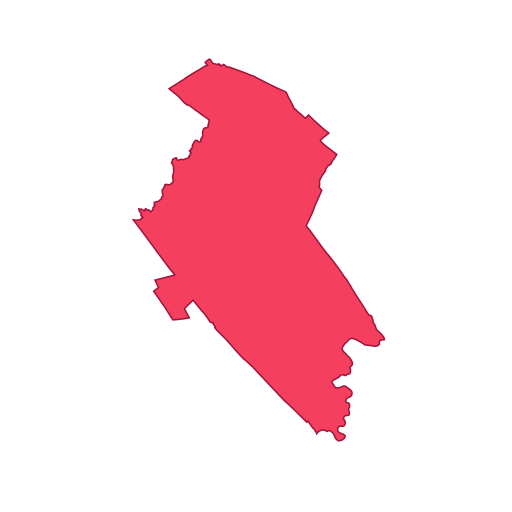 Gura Sutii, Dâmbovita, Romania (Natural Earth projection), rotated 72°
{"feature_id": "2599482B56661116517086", "entity_name": "Gura Sutii", "entity_type": "district", "adm_level": 2, "iso_a3": "ROU", "parent_name": "Romania", "parent_adm1": "Dâmbovita", "projection": "natural_earth1", "projection_center": [25.479, 44.756], "detail": "fine", "context": "isolated", "style": "filled", "palette": "rose", "viewbox_px": 512, "rotation_deg": 72, "n_neighbors": 0, "source": "geoboundaries", "source_scale": "gbopen_adm2", "svg_char_len": 6084}
<svg xmlns="http://www.w3.org/2000/svg" viewBox="0 0 512 512"><g transform="rotate(72 256 256)"><path d="M183.6,361.5L202.7,355.0L221.8,348.7L242.9,341.5L248.9,339.0L249.0,339.2L247.7,359.5L255.8,358.4L257.9,364.2L276.4,358.6L291.1,354.8L292.3,349.7L293.8,341.9L294.2,338.5L284.0,340.4L278.5,329.5L291.6,324.5L294.2,323.2L298.7,321.6L305.0,319.9L306.4,317.4L307.9,317.7L309.4,317.0L310.9,316.8L311.4,317.4L314.9,316.0L325.8,310.4L341.5,303.6L349.8,299.8L351.8,298.3L360.3,293.6L401.8,274.0L406.3,271.4L413.7,267.4L429.7,259.1L429.0,257.7L435.7,255.6L437.7,254.9L438.6,254.1L439.2,253.9L440.3,253.9L441.7,253.3L443.8,253.2L443.2,252.4L442.5,251.0L442.0,249.5L442.0,248.3L442.2,246.0L442.6,245.0L443.2,244.1L444.7,242.8L444.9,242.4L444.6,241.2L444.7,240.1L445.5,239.2L448.0,237.6L449.3,237.1L451.8,237.0L453.3,236.8L455.2,236.2L457.1,235.0L457.7,233.3L457.5,230.3L456.7,228.6L455.9,227.4L455.1,226.9L453.6,227.1L452.5,228.0L450.4,230.6L449.8,231.2L448.9,231.9L447.8,232.2L446.7,232.1L444.9,231.4L443.9,230.0L443.8,229.4L444.0,228.2L444.5,227.0L444.8,225.9L444.7,224.5L444.1,223.8L442.0,222.5L441.0,222.2L440.0,222.6L438.0,223.0L437.3,222.9L436.2,222.0L435.6,220.8L435.5,219.9L436.0,218.2L436.0,216.9L435.6,216.2L434.6,215.7L430.5,215.3L429.7,215.1L429.3,214.4L428.5,213.7L427.1,213.1L426.3,213.0L425.4,213.0L424.6,213.3L424.0,213.9L423.6,214.9L423.1,215.4L422.8,215.5L422.4,215.6L421.4,215.2L420.1,214.3L419.2,212.8L419.0,210.5L418.5,208.7L417.5,207.7L415.6,206.9L414.0,206.9L412.0,207.8L408.0,210.8L407.1,211.8L406.7,213.0L406.7,214.4L407.0,216.3L407.0,217.0L406.9,218.1L406.4,219.8L405.9,220.7L405.1,221.3L403.3,221.9L400.9,222.5L400.1,222.8L399.4,222.8L398.5,222.2L398.2,221.3L396.8,214.4L395.9,213.0L395.4,211.2L395.9,209.9L396.6,209.1L397.2,208.3L397.3,207.5L397.1,206.8L396.8,206.3L396.8,205.3L397.0,204.2L396.8,203.1L396.0,202.3L393.5,201.2L391.3,201.2L390.5,200.5L389.7,198.7L388.6,197.7L386.9,197.2L382.7,198.0L380.6,198.9L378.4,200.2L376.6,200.8L374.7,202.0L372.1,202.8L371.1,202.8L370.0,202.5L367.2,199.1L365.6,195.8L364.7,194.2L363.9,192.4L363.8,190.9L364.8,188.7L367.1,186.0L371.2,182.2L374.2,179.9L378.8,170.2L378.9,167.6L378.0,165.9L375.9,165.1L374.9,164.5L374.5,163.0L375.3,159.7L373.2,159.5L370.5,160.3L366.7,162.1L364.8,163.3L362.7,164.2L358.4,164.2L356.8,164.7L355.7,164.9L354.7,164.9L352.8,164.6L348.8,164.6L346.8,166.9L345.0,167.5L333.2,170.5L326.5,172.3L319.5,174.0L316.4,174.9L315.0,175.0L310.3,176.2L308.0,176.7L306.2,177.2L301.7,178.9L300.5,179.1L291.4,181.9L290.1,182.4L285.5,183.9L279.9,186.0L271.4,189.3L248.2,196.9L242.8,199.0L238.9,195.2L231.1,188.0L226.5,184.5L213.9,173.2L210.0,174.7L209.1,174.2L208.6,173.7L204.3,172.4L203.3,171.7L201.5,169.9L199.4,167.6L198.7,166.4L196.4,163.5L195.1,162.8L194.1,162.0L192.7,159.9L191.8,156.7L191.6,156.3L189.4,154.2L188.5,153.1L188.0,152.2L186.6,150.4L184.7,148.1L184.2,147.8L183.6,148.3L171.2,156.8L166.3,159.2L165.9,159.1L165.2,157.8L165.1,157.1L164.1,155.3L163.3,152.9L161.7,148.7L155.5,152.8L145.8,158.4L138.1,162.5L139.9,165.9L140.2,166.7L135.7,169.1L131.7,171.7L128.7,173.1L128.5,173.9L126.6,174.2L123.5,174.6L113.8,176.3L112.3,176.2L109.4,176.9L108.5,177.5L108.4,177.8L101.9,185.0L94.5,192.6L86.2,200.8L85.2,201.6L84.2,202.6L83.6,203.6L77.0,211.6L67.8,223.4L67.7,223.6L67.7,225.0L67.2,225.2L64.5,227.0L63.8,227.8L64.3,228.4L64.2,228.9L64.3,229.3L64.5,229.6L64.4,229.7L64.1,229.8L64.2,230.4L63.9,230.8L63.5,230.7L63.2,231.0L63.2,231.3L63.5,231.5L63.3,231.9L62.9,232.0L62.1,231.6L61.7,231.9L61.7,232.1L62.0,232.6L62.0,233.2L60.4,236.0L59.8,237.3L57.7,238.0L55.1,238.7L54.4,239.6L54.3,240.0L55.4,242.7L55.8,243.9L56.0,244.4L56.5,244.5L59.9,243.2L59.6,244.6L59.8,245.2L59.7,245.8L60.1,247.9L61.0,251.2L62.5,258.4L64.7,267.1L65.3,268.9L66.1,270.5L65.9,271.2L68.0,279.0L69.4,284.7L70.1,287.0L79.1,281.1L83.6,278.9L86.8,277.5L88.6,276.5L91.3,274.7L91.1,273.8L91.3,273.6L106.9,262.4L112.0,258.5L112.3,258.5L117.2,261.4L117.6,261.2L118.4,261.6L118.7,262.5L118.5,264.5L118.5,265.8L119.1,266.8L122.1,268.8L124.9,269.3L125.9,270.0L127.9,272.5L129.3,272.7L130.0,273.0L130.2,274.2L129.7,275.1L129.1,275.6L128.5,275.8L127.7,276.6L127.4,277.3L127.5,278.3L128.2,279.0L128.4,279.7L129.0,280.4L129.8,281.0L130.5,281.9L131.1,282.2L131.7,282.2L131.9,282.7L133.5,283.1L133.9,283.9L133.7,284.4L133.9,284.6L134.5,284.8L135.0,285.2L135.3,285.5L135.2,286.7L135.5,286.8L135.8,286.7L136.3,286.2L137.6,285.8L138.0,286.1L138.0,286.8L139.6,287.3L140.1,288.3L140.2,288.8L140.5,289.1L141.0,288.9L141.3,289.0L141.7,289.4L141.9,290.4L141.7,291.2L141.7,292.0L141.9,293.1L141.8,294.4L141.9,295.1L141.5,295.9L141.4,296.7L140.8,297.4L140.9,298.2L140.8,299.0L141.0,300.0L140.9,300.6L139.7,301.7L139.4,301.8L138.2,301.2L137.9,301.5L137.9,303.2L138.2,304.9L138.5,305.5L139.4,306.2L140.0,306.3L141.0,307.3L141.5,307.6L143.3,306.9L145.0,306.8L149.4,307.9L150.8,308.5L153.7,310.1L154.2,310.7L155.7,310.9L156.6,311.1L157.8,311.2L159.0,311.5L160.4,312.7L161.5,316.0L161.4,316.7L161.2,317.4L160.8,317.9L160.3,318.8L159.9,320.2L160.1,320.7L160.4,320.8L160.8,320.6L161.2,320.5L161.3,320.7L161.4,321.4L161.8,322.1L163.0,322.8L163.3,323.5L163.8,324.0L164.0,324.5L164.7,325.0L167.1,325.6L168.1,325.7L169.4,325.5L169.7,325.7L170.4,326.7L170.6,327.3L171.2,327.8L172.2,328.1L173.0,330.0L173.6,331.1L173.7,331.5L173.8,332.3L173.5,333.4L173.8,334.0L173.5,334.7L173.7,335.7L173.6,336.3L174.0,336.4L175.1,336.3L175.9,337.1L176.6,336.8L176.7,337.0L177.3,336.8L177.5,337.2L178.0,338.9L178.6,339.2L179.4,339.3L179.8,339.6L181.5,342.1L181.5,342.4L180.2,343.2L179.3,343.3L179.0,343.8L178.9,344.0L179.1,344.3L179.1,344.5L177.8,345.6L177.2,345.9L176.9,346.4L177.2,346.8L177.6,346.9L177.6,347.4L178.0,347.7L178.6,347.8L178.7,348.2L176.1,350.4L175.9,350.7L175.9,351.1L176.1,351.6L175.4,352.3L175.0,352.5L174.8,352.8L175.1,353.0L176.0,352.9L177.2,353.1L180.3,352.1L180.8,352.3L181.2,352.7L181.7,352.9L182.3,352.8L182.6,352.4L182.8,352.2L183.2,352.4L183.6,352.3L183.9,352.2L184.3,351.7L184.7,351.9L184.7,352.9L185.0,353.6L185.2,354.3L185.9,356.1L185.9,356.3L185.1,357.4L185.1,358.5L184.6,359.9L183.7,361.1L183.6,361.5Z" fill="#f43f5e" stroke="#9f1239" stroke-width="1.5"/></g></svg>